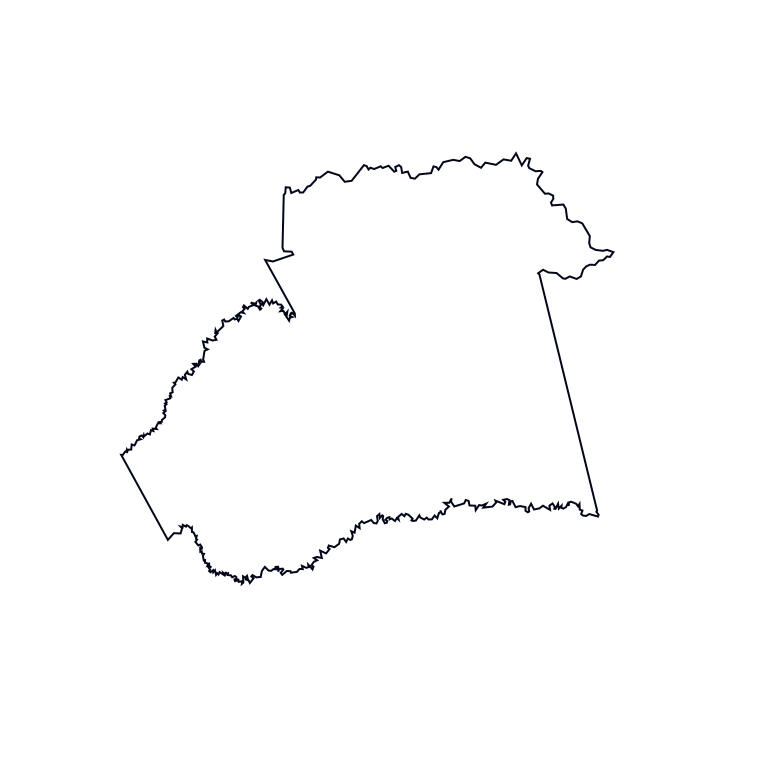 Aguarico, Orellana, Ecuador (Mercator projection), rotated 331°
{"feature_id": "8360857B665042104792", "entity_name": "Aguarico", "entity_type": "district", "adm_level": 2, "iso_a3": "ECU", "parent_name": "Ecuador", "parent_adm1": "Orellana", "projection": "mercator", "projection_center": [-76.096, -0.984], "detail": "fine", "context": "isolated", "style": "outline", "palette": "ink", "viewbox_px": 768, "rotation_deg": 331, "n_neighbors": 0, "source": "geoboundaries", "source_scale": "gbopen_adm2", "svg_char_len": 6166}
<svg xmlns="http://www.w3.org/2000/svg" viewBox="0 0 768 768"><g transform="rotate(331 384 384)"><path d="M615.9,262.9L620.9,257.8L618.3,255.6L610.5,259.6L611.3,246.3L603.5,250.4L597.4,245.5L588.2,246.6L579.9,239.5L573.7,241.9L569.7,235.7L568.8,228.4L565.4,224.8L558.3,225.7L553.2,221.5L543.4,218.7L535.6,223.0L535.0,219.7L532.8,217.7L527.4,222.4L516.7,217.8L510.6,219.4L507.2,216.6L507.8,209.8L502.2,208.2L504.2,202.6L503.2,199.9L499.0,199.7L498.1,203.5L495.9,203.3L493.8,195.3L487.5,194.4L486.6,192.0L479.6,191.2L476.9,188.2L474.5,188.9L474.4,184.9L472.5,182.9L454.2,190.6L447.7,188.1L446.1,179.8L437.9,171.1L428.2,172.4L425.0,170.4L423.5,172.3L415.5,174.9L412.9,174.2L406.2,177.3L403.3,175.8L403.1,172.8L395.5,172.0L396.9,166.6L393.4,164.3L390.2,169.2L388.0,170.0L361.3,215.6L360.9,219.5L367.4,223.5L367.4,226.8L346.3,223.0L340.2,217.9L340.2,279.0L339.2,281.1L338.5,277.8L337.2,276.3L337.8,278.3L336.7,277.1L334.7,278.6L336.2,280.9L333.9,280.3L331.7,282.6L331.1,275.7L332.3,276.7L334.5,273.9L331.7,274.9L331.4,271.3L328.6,270.1L332.4,268.7L330.8,267.2L332.9,267.0L332.4,264.6L329.7,263.0L329.6,259.6L326.1,259.8L326.6,256.5L322.3,259.1L322.2,252.8L316.5,256.6L316.5,254.6L317.9,254.7L316.2,250.1L315.0,250.2L314.6,255.3L312.6,256.0L313.2,258.6L311.6,258.9L311.4,255.0L309.6,253.1L311.7,250.9L310.2,251.3L307.0,248.2L308.2,251.7L303.2,251.0L301.3,252.2L299.6,247.4L297.9,248.4L298.5,250.7L295.3,251.8L295.7,253.8L293.5,251.8L287.5,252.7L288.0,254.5L290.8,253.9L291.6,255.7L287.3,258.3L287.2,255.8L284.7,255.1L284.4,253.3L278.7,253.9L275.5,252.4L275.4,250.1L273.3,250.1L271.6,255.4L262.7,257.8L262.9,255.1L261.1,257.6L262.9,259.0L258.9,260.5L258.9,264.1L255.2,262.9L251.4,258.5L249.6,262.0L246.3,259.0L244.5,265.2L246.6,268.2L243.1,268.0L237.7,274.9L237.4,277.3L234.9,275.9L235.4,273.9L234.0,273.8L231.4,276.6L233.0,276.9L230.1,278.4L229.6,275.5L228.0,276.2L228.4,274.6L226.9,273.9L227.7,277.5L222.7,277.7L223.8,280.9L220.3,283.0L217.6,280.2L218.0,277.9L214.3,279.4L213.2,284.1L211.3,280.3L209.2,282.2L207.3,278.6L202.2,281.6L200.9,281.1L201.3,283.2L196.9,284.7L195.1,288.8L192.4,288.5L191.8,291.7L190.8,290.8L190.1,292.9L185.0,292.1L185.0,294.6L183.1,294.9L183.9,296.2L181.7,296.7L180.4,300.5L178.8,300.5L179.7,301.8L176.9,302.4L177.6,305.3L176.4,307.0L172.3,307.8L171.4,309.3L169.0,308.4L169.3,309.9L167.2,308.7L163.2,311.6L163.4,313.2L160.1,310.9L159.5,313.3L157.8,311.4L154.8,314.6L153.2,312.7L149.0,313.4L149.2,312.3L147.7,313.9L147.2,311.6L144.6,311.4L143.5,312.8L144.4,314.4L140.8,313.5L136.0,316.8L134.0,314.6L131.1,318.8L128.1,317.3L127.3,318.1L127.3,316.9L126.0,318.6L125.3,317.5L121.1,319.4L119.8,318.5L119.4,415.6L127.9,412.6L133.6,416.1L137.5,412.3L137.0,410.3L138.4,411.7L139.7,409.7L141.6,412.7L142.9,411.8L143.9,413.1L145.3,416.7L146.4,416.4L144.3,420.3L145.5,421.5L145.2,425.9L146.5,426.1L144.5,428.3L145.1,429.5L142.5,430.6L143.3,435.2L145.4,435.3L145.6,438.8L144.7,439.7L143.7,438.4L142.0,441.8L143.4,442.1L142.6,444.1L144.2,445.3L142.3,446.5L140.8,451.0L142.1,451.3L140.8,453.5L143.2,455.9L142.1,456.8L143.8,456.6L142.9,458.5L144.2,460.5L141.5,458.8L141.9,462.1L140.4,462.8L141.1,464.6L144.1,464.0L143.4,465.9L145.9,465.0L144.6,469.5L146.4,468.6L146.9,470.4L149.0,468.8L151.4,473.4L151.9,471.2L152.9,473.6L154.5,471.7L154.1,473.5L155.8,473.9L154.7,475.3L157.4,477.2L157.5,479.4L160.4,479.6L161.2,481.4L160.5,482.8L158.5,482.4L158.2,484.3L161.1,484.9L162.1,483.7L161.0,486.6L164.4,487.7L162.8,489.9L164.7,489.5L167.5,483.9L168.6,486.1L171.2,485.4L170.4,488.4L167.8,487.4L170.4,490.2L170.2,493.0L175.7,490.7L174.7,488.0L176.3,487.4L178.6,491.2L182.6,493.0L186.5,488.4L191.1,486.2L192.6,491.2L194.7,492.7L197.6,492.3L200.0,493.9L201.7,493.3L199.7,492.3L200.4,491.4L202.7,492.5L200.6,496.9L202.4,495.0L205.9,496.4L206.0,497.5L202.1,499.1L202.5,501.6L208.3,500.4L211.5,502.4L211.1,503.9L216.7,506.1L220.5,504.8L223.2,506.5L224.1,503.3L226.9,507.1L229.2,507.6L230.2,505.3L231.6,511.5L233.8,509.5L232.6,507.4L236.5,505.5L240.1,505.8L238.3,502.2L241.4,502.7L245.3,506.0L247.4,498.8L251.2,504.1L256.4,502.0L255.5,500.1L257.4,498.5L261.5,502.7L267.3,502.0L270.1,498.6L273.8,499.5L274.3,503.8L277.5,501.6L279.0,504.1L280.7,504.2L283.1,501.7L284.0,496.9L286.2,499.8L290.7,494.2L292.8,498.2L294.5,494.3L298.0,493.3L299.1,496.0L306.9,496.7L307.6,500.6L309.8,502.3L312.2,500.7L313.8,496.2L316.9,495.5L315.4,499.2L318.8,498.0L319.3,499.0L317.2,501.9L317.2,506.2L319.2,506.7L320.4,505.5L319.4,503.4L322.0,502.6L324.2,503.1L323.3,505.1L325.6,505.4L327.2,509.2L330.2,507.5L331.0,509.8L331.7,507.2L336.4,506.2L337.7,509.5L340.1,508.1L342.0,510.2L343.7,515.6L341.9,516.6L342.7,517.7L345.7,518.9L351.2,516.0L351.0,518.3L353.4,522.0L356.6,521.6L357.3,524.1L360.2,525.6L364.5,523.6L365.5,527.3L369.5,523.5L371.3,523.8L371.9,521.9L371.9,526.4L374.0,527.0L376.7,523.8L381.4,522.7L379.2,517.2L383.5,519.5L387.7,516.8L385.6,519.4L386.1,525.2L396.1,527.3L399.3,525.1L401.3,527.3L399.9,531.7L404.8,534.7L403.1,538.8L408.5,536.0L410.6,537.7L415.4,538.2L411.0,540.3L419.5,543.8L424.7,542.0L424.9,540.0L431.0,547.5L433.0,545.8L432.2,543.1L435.9,544.3L437.4,546.4L434.7,550.1L435.9,550.4L438.0,548.0L439.6,548.6L439.4,555.5L443.8,556.7L448.1,560.3L446.3,563.5L447.6,565.9L449.2,565.9L450.2,562.8L454.6,560.0L454.4,566.5L459.6,568.1L464.0,567.5L468.2,574.6L469.7,570.6L473.5,570.2L473.8,574.5L472.5,575.7L473.5,576.4L478.2,573.1L476.5,577.7L480.3,576.5L479.1,578.2L480.4,579.9L483.5,579.9L486.7,577.7L486.7,580.1L488.3,577.2L490.6,577.7L494.0,581.9L494.4,585.1L496.8,583.7L494.3,588.8L496.2,590.9L493.4,593.3L494.1,595.4L496.8,597.4L500.4,597.2L506.9,603.7L508.3,602.5L507.8,598.7L509.0,598.1L573.0,363.7L572.5,361.9L578.5,361.2L581.9,366.2L588.7,370.6L591.7,378.3L593.6,379.9L598.6,380.0L603.4,385.5L608.4,385.4L613.6,380.5L618.0,379.2L622.0,379.5L626.3,382.2L631.9,380.3L635.7,382.0L640.9,380.6L643.2,382.4L648.6,379.9L644.1,374.8L640.1,373.7L634.2,369.4L630.9,364.6L631.8,360.2L635.7,354.5L635.3,339.6L632.0,335.5L627.1,333.7L624.2,328.5L628.0,318.8L627.9,314.0L617.6,309.3L618.0,306.3L621.9,304.1L623.2,301.2L620.4,297.2L617.0,295.6L614.6,283.6L618.2,279.1L625.3,275.5L624.4,273.6L619.7,271.4L615.7,265.6L615.9,262.9Z" fill="none" stroke="#020617" stroke-width="2"/></g></svg>